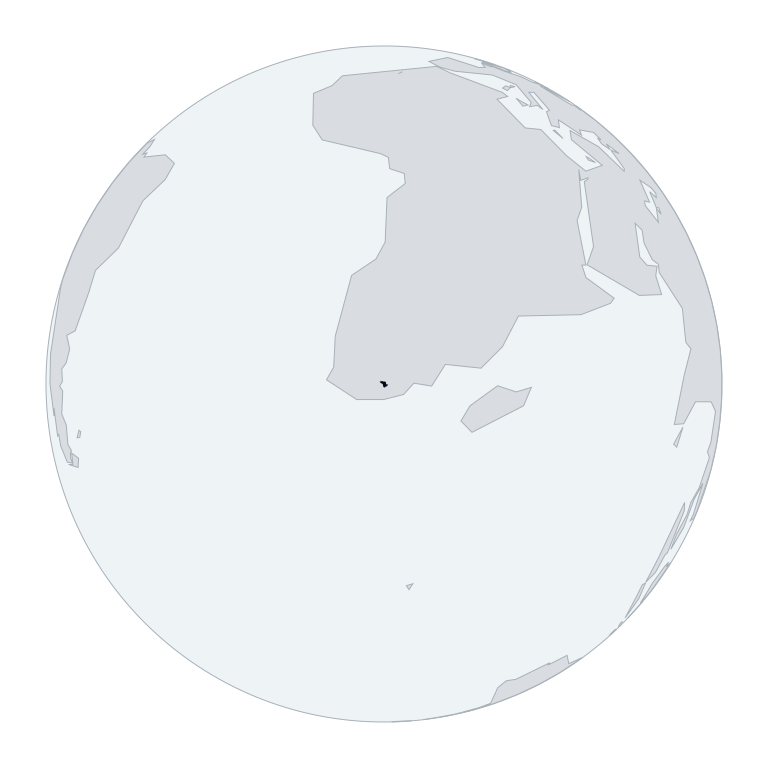 Leribe on an orthographic globe, rotated 38°
{"feature_id": "LSO-1212", "entity_name": "Leribe", "entity_type": "District", "adm_level": 1, "iso_a3": "LSO", "parent_name": "Lesotho", "parent_adm1": "", "projection": "orthographic", "projection_center": [28.234, -29.023], "detail": "fine", "context": "on_globe", "style": "filled", "palette": "ink", "viewbox_px": 768, "rotation_deg": 38, "n_neighbors": 0, "source": "natural_earth", "source_scale": "10m", "svg_char_len": 5688}
<svg xmlns="http://www.w3.org/2000/svg" viewBox="0 0 768 768"><g transform="rotate(38 384 384)"><circle cx="384" cy="384" r="338" fill="#eef3f6" stroke="#a8b0b8"/><path d="M49.1,339.1L49.0,340.1L52.6,332.7L53.4,341.6L52.4,351.4L54.9,347.9L55.1,353.0L70.6,338.0L83.0,339.2L85.7,357.6L81.2,388.1L91.0,440.3L86.7,472.1L95.0,493.7L107.9,532.2L104.0,540.9L114.8,550.0L120.6,563.2L120.8,570.5L129.1,580.1L129.7,585.3L135.2,587.4L148.5,606.0L159.1,612.1L171.9,626.1L178.9,629.1L179.2,631.2L182.7,635.3L187.2,638.1L182.6,640.6L167.3,631.8L158.6,623.9L158.8,625.9L138.9,606.2L143.7,612.4L120.4,589.2L102.8,565.7L69.4,506.4L66.1,498.5L58.0,472.8L51.9,446.5L48.0,419.9L46.2,392.9L46.6,366.0L49.1,339.1ZM194.3,638.1L185.0,641.6L188.4,638.9L180.4,630.7L189.1,630.6L194.3,638.1ZM175.3,615.4L172.1,608.2L174.4,608.3L177.1,613.3L175.3,615.4ZM354.9,47.3L356.3,47.2L343.7,49.4L333.3,51.0L331.3,50.2L316.4,52.9L317.0,52.8L354.9,47.3ZM694.5,250.6L694.7,251.1L708.7,290.7L710.8,299.0L709.5,303.1L708.1,296.3L696.4,265.8L699.3,283.8L708.5,312.6L711.8,337.7L707.0,322.3L703.1,300.0L698.8,288.7L696.3,271.8L685.7,241.6L680.6,238.2L677.4,228.5L662.1,201.5L652.8,196.6L640.4,206.2L644.6,230.8L637.7,237.2L614.9,191.7L604.2,167.3L596.2,165.3L572.5,140.7L532.3,126.7L526.4,120.7L518.9,120.9L502.1,112.8L492.9,104.0L482.9,102.7L507.4,126.5L518.1,128.5L526.7,123.1L531.5,131.4L547.7,142.6L530.7,157.0L470.7,165.0L464.5,146.7L417.2,101.2L418.5,97.2L418.3,96.8L417.7,95.9L413.7,102.4L405.4,95.1L431.0,123.0L435.5,136.3L469.9,166.0L466.7,168.5L477.7,175.8L512.5,174.7L512.8,180.9L496.5,208.1L448.1,247.7L454.4,281.8L450.7,311.8L420.3,330.8L422.8,356.3L407.0,365.0L405.9,380.1L393.2,396.6L372.0,413.1L336.1,416.1L334.0,401.7L316.2,376.4L291.6,318.3L300.7,290.5L297.5,271.4L271.6,235.2L277.3,212.9L270.3,205.6L255.9,210.8L247.9,202.7L239.2,204.7L185.0,229.7L168.6,223.9L149.5,198.4L159.4,180.8L161.5,166.7L230.0,101.2L244.2,98.2L297.8,81.3L304.4,81.3L297.7,90.0L337.6,95.3L350.9,86.9L387.4,91.7L412.0,92.0L421.4,77.3L381.2,76.1L374.6,69.7L407.1,64.9L442.3,68.6L440.8,66.4L418.9,60.0L427.3,57.7L411.4,57.9L417.6,60.1L407.8,60.8L401.5,58.9L404.7,57.9L394.2,56.8L381.6,63.4L386.5,66.3L358.8,68.5L364.4,74.0L356.8,77.3L344.4,69.4L345.9,66.4L322.6,61.9L318.5,65.0L340.3,69.9L333.3,70.0L328.0,75.8L326.6,71.5L304.0,66.8L279.2,73.8L246.9,94.1L232.6,100.0L220.8,102.1L233.2,87.5L263.9,76.2L268.7,72.2L263.1,71.1L272.9,68.2L274.3,66.9L286.0,63.5L303.0,57.5L314.9,54.9L322.2,52.1L329.3,50.7L323.0,52.5L325.0,52.9L354.7,49.4L360.6,48.5L362.9,47.3L370.8,47.1L369.2,46.6L386.6,46.1L364.1,46.7L388.5,46.1L412.8,47.3L436.9,50.3L460.8,54.9L484.3,61.3L507.2,69.3L529.5,79.0L551.1,90.3L571.8,103.1L591.5,117.3L610.1,132.9L627.6,149.8L643.8,167.9L658.7,187.2L672.1,207.5L684.1,228.6L694.5,250.6ZM206.2,126.6L204.3,130.7L206.2,126.6ZM479.8,82.5L500.7,87.7L490.7,78.0L497.9,79.5L491.9,76.0L489.9,77.3L475.0,68.9L483.8,69.4L481.0,66.6L473.8,64.9L460.1,65.8L481.3,77.2L476.7,79.2L479.8,82.5ZM271.0,65.6L274.7,64.4L269.9,66.3L254.8,72.1L261.6,69.1L271.0,65.6ZM291.1,59.1L285.6,60.8L292.5,60.0L288.8,61.9L262.9,70.1L273.4,66.0L269.1,67.0L281.1,62.5L282.5,61.7L291.1,59.1ZM312.2,77.4L317.4,76.9L325.6,75.5L322.4,79.6L312.2,77.4ZM296.4,74.0L301.1,72.7L300.6,76.9L295.2,77.8L296.4,74.0ZM304.2,69.0L301.4,72.4L299.7,71.1L304.2,69.0ZM327.4,51.7L332.5,50.8L332.9,50.9L329.8,51.8L327.4,51.7ZM414.3,79.3L407.0,81.8L403.4,80.3L406.6,79.7L414.3,79.3ZM362.3,78.8L374.0,80.3L361.3,80.0L362.3,78.8ZM529.7,523.6L530.3,530.7L525.8,529.1L529.7,523.6ZM507.4,315.2L483.1,367.9L467.4,365.8L465.2,348.2L474.6,315.4L493.0,308.9L502.2,295.9L507.4,315.2ZM717.2,435.1L716.5,442.3L716.2,443.5L717.2,435.1ZM718.2,424.2L718.0,431.2L717.6,426.2L718.2,424.2ZM717.3,439.6L717.0,441.2L717.8,434.0L717.5,438.1L717.5,438.7L717.3,439.6ZM718.0,419.9L713.8,395.8L711.1,383.0L712.6,379.9L716.9,396.1L718.0,419.9ZM712.3,379.1L707.1,351.0L693.8,292.2L698.7,299.1L711.3,342.7L710.7,345.8L713.9,365.4L712.3,379.1ZM721.9,383.3L721.7,386.9L720.9,398.7L719.3,384.4L718.2,376.3L717.5,355.4L717.9,349.2L719.2,354.3L720.0,348.0L721.9,383.3ZM646.1,233.9L653.6,253.5L649.3,253.1L646.1,233.9ZM602.0,642.2L598.0,645.5L600.6,643.0L613.2,632.2L608.4,636.6L602.0,642.2ZM622.0,623.9L621.9,623.9L630.1,615.2L646.1,597.1L645.5,597.3L651.3,590.6L648.0,594.0L657.5,581.4L664.6,570.0L660.6,553.3L663.1,542.5L669.7,535.6L686.3,501.5L686.2,504.7L695.3,485.1L701.8,490.6L708.8,477.2L708.0,479.9L700.3,502.9L691.0,525.2L680.1,546.8L667.7,567.6L653.8,587.5L638.5,606.2L622.0,623.9ZM715.1,451.4L715.2,451.2L715.2,450.9L715.1,451.4ZM720.6,413.3L720.1,418.7L720.4,414.9L721.5,400.0L721.7,395.4L720.6,413.3Z" fill="#d9dde1" stroke="#a8b0b8" stroke-width="1"/><path d="M383.6,382.1L383.9,382.1L384.0,382.1L384.1,382.3L384.1,382.5L384.3,382.7L384.5,382.7L384.7,382.9L384.8,382.9L384.9,383.0L385.0,383.1L385.3,383.2L385.4,383.3L385.4,383.5L385.3,384.0L385.4,384.3L385.5,384.2L385.9,384.2L386.0,384.2L386.3,384.1L386.4,383.9L386.4,383.7L386.5,383.6L386.6,383.4L386.9,383.2L386.9,383.3L386.8,383.5L386.7,384.1L386.7,384.3L386.2,384.8L385.9,384.9L385.8,385.0L385.7,385.1L385.7,385.3L385.7,385.5L385.9,385.7L386.0,385.8L385.9,385.9L385.7,385.9L385.4,385.7L385.2,385.7L384.9,385.6L384.8,385.3L384.6,384.9L384.5,384.7L384.4,384.5L384.2,384.5L383.9,384.5L383.9,384.4L383.7,384.2L383.4,384.1L383.3,383.9L383.2,383.8L383.1,383.7L382.9,383.5L382.7,383.5L382.6,383.8L382.4,384.1L382.2,384.2L381.9,384.0L381.7,384.2L381.4,384.4L381.2,384.4L380.9,384.4L381.0,384.3L381.0,384.2L380.9,384.1L381.0,384.1L381.2,383.8L381.3,383.8L381.3,383.7L381.5,383.5L381.5,383.4L382.1,383.4L382.3,383.2L382.5,383.0L382.8,383.2L383.1,382.8L383.3,382.5L383.5,382.3L383.5,382.2L383.6,382.1Z" fill="#0f172a" stroke="#020617" stroke-width="1.5"/></g></svg>